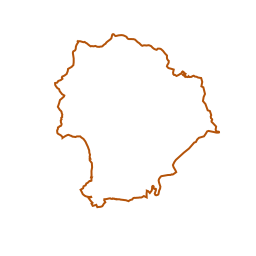 Chisindia, Arad, Romania (Natural Earth projection), rotated 204°
{"feature_id": "2599482B8925647797372", "entity_name": "Chisindia", "entity_type": "district", "adm_level": 2, "iso_a3": "ROU", "parent_name": "Romania", "parent_adm1": "Arad", "projection": "natural_earth1", "projection_center": [22.109, 46.245], "detail": "fine", "context": "isolated", "style": "outline", "palette": "amber", "viewbox_px": 256, "rotation_deg": 204, "n_neighbors": 0, "source": "geoboundaries", "source_scale": "gbopen_adm2", "svg_char_len": 5568}
<svg xmlns="http://www.w3.org/2000/svg" viewBox="0 0 256 256"><g transform="rotate(204 128 128)"><path d="M210.0,187.3L209.5,187.0L209.1,186.6L208.9,186.3L208.4,185.8L208.8,183.3L208.7,181.2L207.9,178.9L207.9,177.5L209.2,175.6L208.9,174.1L206.2,169.9L206.0,169.6L205.8,169.2L204.3,165.8L203.5,163.2L204.0,162.0L204.3,161.0L205.6,159.2L206.8,157.6L206.2,155.5L206.1,153.9L206.1,153.3L206.0,152.5L207.4,150.0L209.0,148.2L208.9,147.1L207.9,146.3L209.0,144.3L209.6,143.8L210.1,143.3L210.3,143.1L210.8,142.7L211.1,140.7L212.9,139.4L212.4,138.4L211.9,137.6L210.6,136.7L208.7,135.7L206.8,135.5L205.4,133.9L204.1,133.2L203.5,132.9L202.0,132.1L199.4,131.8L199.3,130.7L200.8,127.3L201.5,126.0L201.3,124.3L201.1,123.3L200.8,120.3L200.7,118.8L197.5,116.7L196.4,116.4L195.6,116.0L195.4,115.8L195.3,115.7L195.1,115.3L194.7,114.9L194.3,114.3L193.5,113.6L193.2,112.4L192.6,111.2L193.0,110.5L193.1,110.0L192.7,109.4L192.2,108.9L192.3,108.5L192.5,108.0L192.5,107.5L192.1,107.1L192.0,106.6L191.7,106.1L191.6,105.9L191.0,105.3L190.4,104.8L190.1,104.0L190.1,103.0L190.4,102.3L191.0,102.0L191.3,101.6L191.5,100.8L191.8,100.4L192.2,100.0L192.0,99.6L191.6,98.1L191.7,97.6L191.8,97.1L191.4,96.2L191.0,95.6L190.7,95.0L190.5,94.7L189.3,94.2L187.2,94.1L186.1,93.9L184.1,93.1L183.9,92.5L183.8,92.3L183.7,92.5L183.5,92.8L183.3,93.1L181.9,95.2L180.5,96.9L179.5,97.6L177.1,97.6L176.5,97.8L175.3,97.5L173.8,98.0L172.3,98.4L171.2,99.6L168.2,100.9L166.9,100.4L164.2,99.9L161.4,98.3L157.6,95.0L156.8,94.3L156.1,93.5L154.4,91.8L153.3,89.7L151.8,88.1L151.6,87.1L151.3,86.0L149.9,84.6L150.5,84.3L149.8,82.9L146.8,81.3L144.8,77.5L143.9,73.9L143.4,72.8L143.1,72.2L142.7,71.3L142.0,69.9L141.8,68.8L141.8,68.7L141.7,67.9L140.9,68.2L140.9,67.5L140.6,66.4L140.0,65.0L140.6,64.3L141.1,64.1L141.6,63.9L142.6,61.4L143.5,60.4L143.4,58.4L144.4,57.3L144.9,56.6L144.5,54.7L146.2,52.3L143.9,50.5L142.6,49.3L141.5,48.9L139.9,48.5L138.2,48.5L136.0,49.0L135.1,49.3L133.8,50.2L133.5,49.9L135.1,48.6L135.5,48.0L133.1,46.6L131.9,46.0L130.0,45.2L130.6,44.1L128.6,42.5L128.0,42.9L127.4,43.5L127.0,43.8L126.4,44.3L126.1,44.6L125.9,44.7L125.7,44.9L123.8,43.2L122.8,43.9L122.0,44.3L121.3,44.7L120.6,45.2L120.1,45.7L119.7,46.1L119.5,47.0L119.4,47.9L119.2,49.3L118.8,50.2L118.5,50.9L120.4,52.4L120.3,52.7L120.4,52.9L120.6,53.3L119.5,53.9L119.0,54.2L118.1,54.8L117.1,55.6L116.2,56.2L115.7,56.5L115.1,56.4L114.5,56.5L113.8,56.7L113.1,57.1L113.2,57.4L111.9,57.8L111.7,57.9L110.9,58.0L110.5,58.0L110.5,57.9L109.3,58.2L109.3,58.4L109.2,58.4L108.6,58.7L108.4,58.8L107.7,59.0L106.8,59.4L105.5,59.6L105.3,59.7L104.3,60.0L103.1,60.4L102.2,60.6L101.4,60.9L100.3,61.2L99.8,61.2L98.8,61.3L97.7,61.4L97.3,62.3L96.8,62.9L96.2,63.5L95.3,64.3L95.2,64.3L95.0,64.6L95.0,65.0L94.8,65.7L94.5,66.3L93.6,66.9L93.0,67.1L91.8,67.7L91.5,67.9L89.7,68.8L89.4,69.1L88.8,69.4L87.8,69.8L87.1,70.4L85.8,72.3L82.7,72.2L84.3,75.5L84.5,76.1L84.8,77.0L84.9,77.4L84.9,77.6L85.3,78.4L83.8,78.5L81.6,77.5L80.9,80.5L81.2,82.0L82.1,84.4L81.9,85.1L81.6,85.3L80.9,85.1L80.5,84.6L80.2,83.5L79.5,83.1L78.9,83.1L78.1,83.7L77.8,83.7L77.2,82.6L76.9,78.9L75.8,78.0L74.9,78.0L73.7,79.0L73.5,79.3L73.3,79.7L73.4,80.5L74.1,83.7L74.0,85.6L74.6,87.7L76.4,89.6L77.7,91.1L78.7,92.6L78.9,93.9L78.6,95.9L78.0,97.5L72.4,101.3L69.9,102.5L69.4,103.3L68.2,103.7L67.1,105.4L66.0,107.3L67.3,108.5L70.5,110.8L71.6,112.1L71.9,112.4L71.8,115.7L71.3,118.3L68.0,125.8L67.0,128.1L63.9,134.1L62.3,139.3L61.6,141.6L60.3,142.8L60.1,145.7L59.2,147.9L55.2,151.3L54.7,154.0L54.3,157.1L53.2,158.1L47.7,159.3L45.5,159.7L43.8,160.4L43.1,161.0L43.4,161.5L44.1,161.4L44.9,160.9L46.1,161.2L46.8,161.6L47.4,162.4L47.7,163.8L48.1,165.2L51.9,166.8L54.2,167.7L54.6,168.5L54.4,169.7L54.7,170.2L56.1,170.7L57.1,172.1L57.2,173.6L60.1,176.8L62.4,176.6L67.0,181.4L70.5,183.1L71.5,187.1L71.5,190.4L75.7,195.8L77.9,195.9L78.9,200.3L81.5,203.4L84.5,202.6L86.1,202.7L88.0,202.2L89.2,202.5L90.3,201.5L90.7,200.6L91.6,200.1L92.5,199.6L93.7,199.9L93.6,199.2L94.6,198.6L95.6,198.5L96.3,198.4L96.5,198.0L96.8,198.1L96.5,198.6L97.0,199.0L97.5,199.5L98.2,198.9L98.5,198.8L99.1,198.7L99.5,198.9L99.4,199.2L98.9,199.3L98.7,199.2L97.9,199.5L98.6,199.6L98.3,199.8L98.4,200.0L99.3,200.0L98.9,200.2L98.2,200.1L97.9,200.1L98.0,200.2L98.3,200.3L98.2,200.4L97.7,200.4L97.5,200.9L99.8,201.4L99.9,201.7L101.0,201.9L101.4,201.2L101.6,199.2L102.4,198.5L103.2,197.2L104.8,195.3L105.7,195.4L106.6,195.6L107.5,195.2L107.9,195.5L108.5,195.6L109.4,197.0L109.7,198.6L110.0,200.0L112.5,199.7L114.7,199.3L115.7,199.3L117.5,200.1L117.7,201.6L117.4,203.3L117.5,204.5L118.1,205.9L119.0,206.1L120.4,207.1L121.1,208.2L121.9,210.1L123.0,210.5L124.6,211.2L127.4,212.7L129.9,213.5L130.8,213.5L131.8,213.2L133.1,212.6L133.6,211.1L134.8,210.9L136.3,210.9L138.3,211.4L140.1,212.2L141.3,212.2L142.7,212.1L144.8,210.8L146.2,210.4L147.4,209.8L148.4,208.9L149.4,209.0L151.8,209.9L151.9,210.0L154.2,210.4L156.1,211.1L157.5,211.6L159.2,211.4L161.3,210.5L163.3,209.6L164.3,209.5L165.2,209.8L166.2,210.5L166.3,210.6L167.0,210.7L168.8,210.8L169.9,210.7L170.2,210.7L171.8,210.2L174.3,208.8L175.7,207.7L176.7,207.0L177.1,207.0L177.4,207.0L178.5,207.5L179.2,207.8L179.8,207.7L180.3,207.0L180.3,206.9L180.2,206.1L179.7,203.1L180.3,201.5L180.4,201.4L181.5,199.4L181.8,198.9L182.6,197.2L182.8,195.8L183.0,195.6L183.6,194.7L184.3,193.2L184.6,192.3L185.2,191.7L186.6,191.0L187.1,190.5L189.2,189.7L191.2,189.7L192.5,188.7L194.6,188.0L195.4,187.4L195.8,187.5L197.2,187.8L198.0,188.0L200.0,188.6L201.5,188.7L202.6,189.0L203.3,188.4L204.1,188.2L205.5,188.0L206.6,187.9L207.5,187.6L208.5,187.0L208.8,186.9L209.5,187.1L210.0,187.3Z" fill="none" stroke="#b45309" stroke-width="2"/></g></svg>